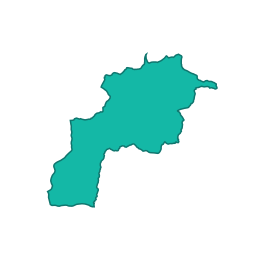 Villanueva, Santander, Colombia, rotated 252°
{"feature_id": "7082276B83182882267594", "entity_name": "Villanueva", "entity_type": "district", "adm_level": 2, "iso_a3": "COL", "parent_name": "Colombia", "parent_adm1": "Santander", "projection": "albers", "projection_center": [-73.162, 6.684], "detail": "fine", "context": "isolated", "style": "filled", "palette": "teal", "viewbox_px": 256, "rotation_deg": 252, "n_neighbors": 0, "source": "geoboundaries", "source_scale": "gbopen_adm2", "svg_char_len": 5865}
<svg xmlns="http://www.w3.org/2000/svg" viewBox="0 0 256 256"><g transform="rotate(252 128 128)"><path d="M142.6,225.5L144.7,223.8L145.3,222.9L146.3,222.0L146.8,220.9L147.3,219.3L147.7,218.8L148.3,218.4L148.7,217.9L148.9,216.3L148.5,215.0L148.5,213.9L150.0,212.1L150.8,211.6L151.5,210.3L152.2,209.8L152.8,209.4L153.6,209.2L154.9,209.4L155.6,209.7L156.2,209.8L156.9,209.5L157.6,208.6L159.3,206.9L160.0,205.8L161.0,204.7L161.8,203.9L164.0,202.0L166.2,199.4L167.3,199.0L167.6,198.4L168.7,198.5L169.7,198.1L170.5,198.0L171.2,198.5L172.7,198.5L176.3,199.7L177.7,200.4L178.8,201.2L179.6,201.2L180.2,201.0L181.9,199.3L182.5,198.9L182.5,196.5L182.4,195.9L181.1,193.1L181.4,192.6L181.7,192.2L181.9,191.7L182.1,190.0L182.1,188.7L182.2,188.3L182.4,188.1L184.4,187.1L184.7,186.7L183.1,184.2L182.1,181.3L181.7,179.9L181.4,176.5L181.3,176.2L181.9,175.4L182.2,174.7L183.2,171.5L183.3,170.7L183.3,169.5L183.1,168.4L183.7,167.6L184.7,167.0L188.4,166.7L190.0,167.1L191.5,167.5L192.5,168.3L192.3,167.7L190.3,166.1L188.8,165.3L186.2,164.5L183.9,163.4L183.6,163.2L182.8,161.1L182.4,160.8L181.8,159.9L181.0,159.0L180.7,158.5L180.6,156.6L180.9,155.8L181.1,154.3L181.4,153.6L181.6,152.3L182.0,151.9L182.1,151.3L182.5,150.7L183.6,150.2L183.9,149.3L185.5,146.2L185.6,145.5L185.6,145.3L184.9,144.9L184.4,143.8L184.3,143.0L183.4,142.0L183.2,141.4L182.4,140.2L182.1,139.6L181.8,138.4L181.3,137.1L181.6,136.9L182.1,136.1L183.4,134.7L184.7,132.5L184.9,131.7L184.7,130.7L184.2,129.7L183.5,129.1L183.3,127.5L183.3,127.1L183.5,126.8L183.8,126.0L185.1,124.1L185.2,123.7L185.1,123.1L184.7,122.3L184.5,122.2L183.7,122.0L183.5,121.9L183.5,121.2L182.7,120.9L181.5,121.0L180.7,120.5L177.5,117.1L176.2,115.8L175.2,115.1L173.1,116.9L171.9,117.6L170.3,118.8L169.3,119.2L167.7,119.6L166.0,119.7L163.6,120.9L163.2,120.8L161.9,120.1L161.4,119.5L160.3,117.8L159.8,116.0L159.2,115.2L157.6,113.8L155.7,112.6L155.6,112.2L155.4,110.8L155.1,110.4L152.7,109.8L151.6,109.3L151.3,108.9L151.3,108.1L151.8,106.9L151.4,105.4L151.4,104.8L151.7,103.1L151.2,101.4L150.9,100.8L149.9,99.8L149.0,97.8L148.6,97.3L148.7,95.9L148.3,95.6L148.0,95.1L148.2,94.6L148.2,94.0L148.5,93.6L148.7,91.5L149.0,89.6L150.7,86.7L151.5,85.8L151.5,85.2L151.4,85.0L151.6,84.4L153.2,82.3L153.4,81.7L153.3,81.2L153.3,80.1L153.1,79.7L152.7,79.4L152.4,78.9L152.4,78.6L152.5,77.4L153.0,75.5L149.3,74.9L147.4,74.7L144.0,73.5L142.2,73.4L141.3,73.2L140.7,73.0L138.8,71.8L138.1,71.6L135.7,71.6L135.0,71.4L133.7,70.8L132.3,69.8L130.7,69.2L128.5,69.0L127.4,68.4L125.2,68.2L124.5,67.9L123.9,67.3L123.4,66.4L122.7,64.7L121.4,62.0L120.3,60.0L119.5,59.0L119.2,58.4L118.0,54.2L117.5,50.3L117.2,49.0L116.4,47.0L115.9,46.4L115.0,45.8L113.9,45.5L112.4,45.6L110.1,45.5L109.3,45.1L108.7,44.7L108.0,44.0L106.4,41.5L104.0,39.5L102.3,38.5L101.4,38.2L99.6,38.1L98.8,38.1L97.3,38.3L96.3,38.3L94.0,36.7L93.5,36.1L93.0,34.8L92.4,31.9L90.9,32.2L89.4,32.1L86.5,31.0L79.2,30.5L77.9,31.7L77.1,34.6L76.6,35.6L75.4,37.2L74.8,38.8L74.9,40.2L74.6,41.8L74.0,44.6L73.3,46.2L72.5,47.0L72.0,47.9L71.0,50.6L70.9,51.8L71.3,55.4L71.1,56.7L70.2,60.9L69.0,63.7L66.8,66.9L65.4,68.0L64.8,68.7L63.9,70.2L63.8,70.9L63.5,71.4L64.1,71.7L65.0,71.7L66.1,72.0L66.3,72.4L66.6,72.5L67.0,72.1L67.6,72.1L67.9,72.3L68.1,72.8L68.5,73.1L68.3,73.5L69.2,74.0L69.6,74.9L69.6,75.2L69.9,75.6L70.3,75.7L71.0,75.5L71.6,75.7L72.0,76.2L72.3,77.2L72.7,77.6L74.1,77.6L74.7,77.8L75.6,78.7L77.3,79.8L77.5,80.2L78.4,80.6L79.3,80.7L80.4,80.1L81.0,79.9L81.7,80.0L84.4,81.8L85.4,82.8L86.0,83.0L87.3,83.7L89.3,84.1L89.6,84.4L89.8,84.9L90.5,85.6L91.6,86.1L92.3,86.2L92.9,86.3L93.3,86.2L93.8,86.3L94.6,86.9L94.9,87.3L95.8,88.0L96.4,88.1L96.9,88.5L97.5,89.1L97.9,89.1L99.0,90.1L100.9,90.1L102.3,90.5L103.2,91.0L103.8,91.7L104.8,92.4L105.9,94.7L106.8,95.7L107.2,96.0L107.8,96.1L108.2,96.3L108.5,96.7L109.1,97.0L110.2,96.8L110.7,97.0L111.5,98.2L111.7,98.4L112.2,98.5L112.7,98.9L113.2,99.9L114.1,101.0L114.3,104.3L113.2,104.9L112.3,105.9L111.0,107.0L110.7,107.7L110.5,107.9L110.5,109.0L109.7,110.5L109.6,111.1L109.6,111.6L109.9,112.0L111.0,112.8L111.3,113.7L111.5,113.9L112.6,114.6L112.6,115.6L112.8,116.7L112.8,117.2L112.4,117.7L112.1,118.7L111.7,119.0L111.4,119.0L111.0,119.2L110.4,120.3L110.3,120.8L110.7,121.6L110.8,123.1L111.2,124.1L110.9,125.5L111.3,127.1L111.2,128.1L110.9,128.7L110.5,129.1L109.4,129.6L109.0,129.9L107.2,130.5L106.5,130.9L106.0,131.6L105.0,131.9L103.9,133.4L103.1,134.1L102.2,134.7L101.4,135.1L101.2,135.9L101.0,138.0L100.3,139.1L98.5,140.4L97.7,141.5L96.2,145.3L94.7,148.5L94.7,149.3L94.9,149.9L95.7,151.1L96.6,152.0L97.8,153.0L99.9,153.7L100.2,153.9L101.0,154.4L101.7,155.5L101.7,156.5L103.4,158.5L103.0,159.2L102.2,159.4L101.1,160.3L100.3,161.2L100.2,163.2L99.7,164.5L99.4,165.9L99.4,166.8L99.0,167.7L99.0,168.2L99.6,168.6L99.8,169.0L99.8,169.5L99.0,170.0L98.8,171.0L98.6,171.4L99.3,172.1L99.8,172.2L101.2,171.9L101.5,172.1L101.6,172.5L101.8,172.5L102.4,172.0L102.7,172.0L103.0,172.1L103.5,172.5L104.0,172.5L104.6,172.8L105.0,173.2L105.5,173.4L105.9,173.7L107.0,176.2L107.6,176.6L108.3,177.7L108.6,177.8L109.5,177.8L110.4,178.2L110.4,178.5L110.6,178.9L110.8,179.1L111.8,179.7L114.7,181.0L115.7,180.9L116.4,181.1L117.7,182.0L117.8,182.9L117.9,183.3L118.3,183.6L118.6,183.7L119.4,183.4L119.9,183.4L121.7,183.0L124.2,182.0L125.3,182.2L127.1,181.8L128.6,180.5L129.0,180.4L129.2,180.6L129.6,183.4L129.3,187.9L128.9,190.6L128.9,192.0L129.5,192.7L130.6,194.6L131.7,195.5L131.6,196.4L132.6,198.1L132.9,198.4L134.3,199.0L135.0,199.7L137.6,201.0L139.7,202.4L140.2,202.5L142.4,202.4L143.2,202.6L143.9,203.3L144.0,204.7L144.4,204.8L145.0,204.8L145.1,206.1L144.8,207.1L144.8,208.6L145.0,209.2L144.9,209.5L144.9,210.5L144.9,210.9L143.6,213.1L143.0,216.3L142.4,217.2L141.8,217.8L140.8,218.0L140.5,219.6L140.3,220.4L139.8,220.8L139.3,221.8L138.2,222.9L138.1,223.3L138.1,224.1L138.3,224.8L138.5,225.0L139.4,225.1L140.5,224.9L141.2,224.9L141.9,225.3L142.6,225.5Z" fill="#14b8a6" stroke="#0f766e" stroke-width="1.5"/></g></svg>